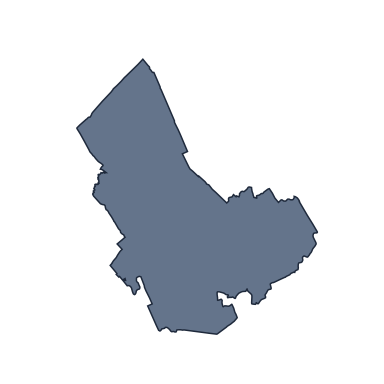 outline of Sarbii - Magura, Olt, Romania, rotated 69°
{"feature_id": "2599482B40554903092578", "entity_name": "Sarbii - Magura", "entity_type": "district", "adm_level": 2, "iso_a3": "ROU", "parent_name": "Romania", "parent_adm1": "Olt", "projection": "equal_earth", "projection_center": [24.696, 44.548], "detail": "fine", "context": "isolated", "style": "filled", "palette": "slate", "viewbox_px": 384, "rotation_deg": 69, "n_neighbors": 0, "source": "geoboundaries", "source_scale": "gbopen_adm2", "svg_char_len": 6091}
<svg xmlns="http://www.w3.org/2000/svg" viewBox="0 0 384 384"><g transform="rotate(69 192 192)"><path d="M309.2,272.7L309.4,272.4L310.1,272.0L310.3,271.6L310.0,270.6L309.0,269.2L309.4,266.7L309.3,266.2L308.9,265.6L308.9,265.1L309.5,263.9L309.9,263.5L312.3,262.2L314.2,261.7L315.1,261.1L315.7,258.9L316.4,258.4L316.9,257.2L316.8,256.8L315.4,255.6L315.6,254.5L316.5,252.1L317.6,250.2L317.9,248.9L330.5,225.7L333.5,220.0L333.6,219.4L330.5,208.3L330.0,207.3L329.2,203.3L328.3,200.6L327.8,198.9L327.2,197.8L325.8,195.2L325.4,194.8L321.8,194.8L319.7,195.1L315.4,194.7L311.3,195.0L311.1,195.1L311.1,195.4L311.7,197.2L311.8,198.4L311.5,199.3L310.6,200.9L310.1,202.1L310.0,202.4L310.3,203.9L310.2,204.1L309.8,204.2L307.1,203.9L305.9,203.6L304.0,202.7L303.1,202.9L302.7,203.1L302.5,203.3L302.6,204.9L302.4,206.7L302.2,206.9L299.7,206.0L296.7,205.3L294.7,204.5L294.4,204.1L294.4,203.7L294.9,202.4L296.5,200.2L297.8,198.5L300.2,196.8L300.7,195.5L300.9,195.2L301.4,195.1L301.8,195.3L302.2,196.2L302.5,196.5L303.0,196.6L303.5,196.5L303.6,196.0L303.7,195.0L304.5,192.9L304.6,191.7L305.0,191.3L306.5,190.3L306.8,189.9L306.7,189.5L305.1,188.1L303.3,184.7L303.0,182.2L303.0,180.7L303.3,179.5L304.0,177.4L302.3,175.5L302.3,175.4L303.9,175.4L304.7,175.3L308.2,173.5L309.7,173.1L311.3,173.6L316.7,176.0L317.7,176.3L318.3,175.6L319.6,173.1L319.5,172.6L318.5,171.9L318.4,171.6L318.6,171.4L319.7,170.9L320.0,170.4L320.0,170.0L318.5,167.9L317.6,166.3L317.3,165.2L317.3,163.1L317.1,161.3L316.4,160.9L314.6,160.8L314.1,160.5L312.9,158.7L311.2,156.8L310.8,156.2L310.6,155.5L310.9,153.3L310.8,153.0L310.4,152.7L309.9,152.5L306.1,152.0L305.7,151.6L305.4,149.5L305.7,148.7L305.7,147.1L305.2,140.9L304.9,136.1L305.0,135.4L304.6,134.3L304.3,130.4L303.5,128.9L303.4,128.4L303.4,127.2L303.3,126.7L303.4,126.2L303.3,125.5L303.8,125.1L303.9,124.9L303.1,124.4L302.9,124.1L302.5,123.1L302.4,120.9L301.9,120.5L300.3,119.7L299.5,119.6L297.6,118.7L296.7,118.0L296.5,117.6L296.5,117.3L296.9,115.4L296.6,114.2L295.2,112.9L293.1,112.5L292.5,112.1L292.3,111.7L291.9,110.8L292.0,110.1L293.7,108.3L294.1,107.7L294.1,107.2L292.7,104.8L291.7,103.7L291.5,103.1L290.7,101.9L288.4,99.7L287.6,98.4L286.7,96.8L285.2,94.9L284.3,94.5L283.5,94.5L277.9,95.0L276.4,94.8L275.8,94.5L274.5,93.6L274.2,93.1L274.3,91.9L274.8,90.4L274.8,89.7L274.5,89.4L274.1,89.3L265.1,90.8L255.3,92.7L239.5,95.3L239.3,95.0L239.0,95.0L237.3,95.2L235.3,95.8L233.4,97.2L232.7,98.2L233.5,98.4L234.3,99.0L235.2,100.3L235.3,100.8L235.1,101.6L234.6,102.8L234.3,103.0L234.1,103.4L233.5,103.8L233.0,105.0L233.0,105.4L233.1,105.6L233.2,105.9L233.6,106.6L233.9,107.3L234.0,107.9L233.8,108.5L233.2,109.7L231.6,110.8L231.3,111.6L232.7,115.0L227.4,116.8L221.9,117.4L216.6,118.6L216.5,119.9L216.7,120.8L217.4,123.2L217.8,124.8L218.6,126.0L218.7,126.4L218.7,126.8L218.4,127.4L218.3,127.9L218.4,128.4L218.7,129.2L218.9,129.9L218.9,131.2L218.7,132.3L218.7,132.9L219.0,133.3L219.3,133.4L220.7,133.6L220.9,133.8L220.7,134.1L219.2,136.2L218.3,136.0L217.3,136.1L215.8,135.8L212.9,135.7L210.1,135.1L209.1,134.8L207.9,136.6L207.7,137.6L207.9,138.1L209.0,139.6L210.3,143.1L210.2,143.5L209.4,144.7L209.3,145.1L209.5,146.4L210.7,148.3L211.9,148.7L213.3,149.9L211.6,151.9L212.2,152.6L209.3,154.2L210.8,156.2L210.9,156.4L210.5,159.2L210.7,159.7L211.3,160.3L213.5,161.0L213.8,161.3L214.7,163.5L200.8,170.0L196.7,172.1L191.7,173.6L191.2,173.9L190.1,175.2L189.6,175.6L189.0,175.5L188.3,175.8L187.1,176.1L179.5,180.0L179.9,180.5L172.8,183.9L169.8,185.6L167.3,186.0L152.9,187.3L152.6,181.7L134.7,182.3L129.1,182.6L121.1,183.4L120.2,183.3L119.4,182.9L118.5,182.9L84.8,184.2L84.2,184.5L83.8,184.5L82.5,184.1L67.2,184.7L66.8,184.7L66.5,185.1L66.4,185.7L65.8,186.2L62.6,187.0L61.7,187.5L60.6,187.0L59.8,187.0L58.0,187.8L50.4,190.3L53.6,196.8L60.1,211.9L61.0,214.2L63.3,218.5L65.9,224.3L67.5,228.5L68.0,229.0L69.8,231.9L75.2,243.2L82.1,256.3L83.0,257.5L84.4,258.7L85.2,259.9L85.5,260.1L85.5,260.8L85.2,261.4L85.3,262.3L86.1,263.9L86.4,265.2L86.8,266.1L89.1,272.4L90.8,276.2L91.1,276.6L91.9,276.6L97.6,275.5L106.1,274.3L115.4,273.1L118.0,272.9L120.8,271.8L122.5,271.4L123.8,270.6L126.2,270.0L129.6,268.7L131.0,267.9L131.6,267.4L133.2,266.3L134.8,265.5L135.2,265.5L135.7,266.0L136.0,266.9L136.7,268.1L137.9,269.4L138.8,268.0L139.1,267.8L140.3,266.9L143.1,265.2L142.9,265.7L143.1,266.6L143.0,266.8L141.8,267.8L141.8,268.1L142.2,269.0L141.8,269.5L141.3,270.0L142.1,270.7L142.3,271.4L142.6,271.7L142.8,272.1L142.7,272.5L142.3,272.6L142.1,272.8L142.1,273.3L142.4,273.5L143.8,273.5L144.7,274.7L145.0,274.7L145.1,274.2L145.4,274.2L146.1,275.2L146.5,275.1L146.7,274.7L146.9,274.7L147.4,275.0L148.5,275.0L149.2,275.4L149.3,275.8L149.4,276.0L150.2,275.7L150.5,275.7L150.6,276.3L151.1,276.8L151.2,277.3L151.1,277.5L150.5,277.7L150.8,278.4L150.2,279.1L150.2,279.8L150.6,280.2L152.0,280.3L152.2,281.1L152.6,281.2L152.8,281.6L153.2,281.8L153.7,282.4L154.2,282.1L155.2,282.0L155.3,282.9L155.9,283.6L155.9,283.8L156.4,283.7L156.7,283.4L157.3,283.5L157.4,284.1L157.6,284.4L157.6,285.0L157.8,285.1L158.6,285.1L158.8,285.5L160.6,285.3L170.3,281.6L170.6,281.1L171.3,280.5L172.6,278.5L173.3,278.1L173.8,278.1L176.0,278.5L177.4,278.5L177.7,278.5L178.7,277.7L180.1,277.2L181.8,277.1L186.5,276.0L190.2,275.4L191.5,275.4L192.2,275.0L192.8,274.9L199.9,273.8L200.9,273.4L202.2,272.8L204.2,273.1L205.5,272.6L206.2,272.2L207.5,271.1L209.5,271.0L210.2,270.7L211.2,273.3L213.7,280.5L220.5,277.8L221.4,279.9L222.1,281.1L224.2,284.0L226.1,286.3L228.0,289.9L229.7,292.2L229.9,292.2L231.2,294.7L241.2,291.3L241.8,292.3L245.2,290.8L244.9,289.9L249.3,288.4L248.8,285.5L250.7,285.7L250.2,286.9L250.1,288.1L256.3,286.1L256.7,284.6L256.9,284.2L257.9,283.5L259.2,283.0L259.9,282.9L263.7,283.3L265.7,283.3L266.2,283.2L267.1,282.6L267.2,282.4L267.1,281.8L266.6,281.0L265.8,280.3L264.5,279.5L263.9,278.7L263.6,277.4L263.7,275.8L263.2,275.3L262.7,275.0L261.9,274.7L259.3,274.9L257.7,274.8L256.1,275.6L255.3,275.7L254.7,275.6L252.5,274.7L252.3,274.5L252.0,274.0L251.8,272.0L251.9,271.4L252.8,270.1L262.2,270.1L263.9,270.5L267.7,270.4L275.8,269.6L282.2,269.3L282.5,274.2L303.9,273.1L309.2,272.7Z" fill="#64748b" stroke="#1e293b" stroke-width="1.5"/></g></svg>